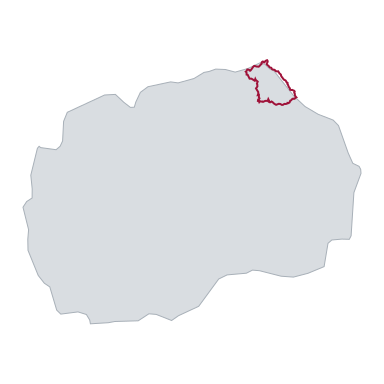 Kriva Palanka, Kriva Palanka, North Macedonia (highlighted)
{"feature_id": "65306769B37694813292745", "entity_name": "Kriva Palanka", "entity_type": "district", "adm_level": 2, "iso_a3": "MKD", "parent_name": "North Macedonia", "parent_adm1": "Kriva Palanka", "projection": "equal_earth", "projection_center": [22.335, 42.244], "detail": "fine", "context": "in_parent", "style": "outline", "palette": "rose", "viewbox_px": 384, "rotation_deg": 0, "n_neighbors": 0, "source": "geoboundaries", "source_scale": "gbopen_adm2", "svg_char_len": 3435}
<svg xmlns="http://www.w3.org/2000/svg" viewBox="0 0 384 384"><path d="M170.8,81.9L178.1,82.9L194.0,78.5L204.0,72.4L209.0,71.5L215.7,69.1L225.4,69.5L235.2,72.1L247.6,68.6L259.9,62.9L264.8,64.3L270.1,69.2L273.6,70.5L293.9,96.1L305.0,106.5L318.2,114.3L333.2,120.1L338.5,125.6L348.2,153.0L352.8,163.3L359.1,166.4L360.7,169.4L361.0,173.4L353.9,192.6L351.1,235.8L349.3,239.3L341.8,239.1L331.8,240.0L328.0,243.3L324.1,266.6L308.0,273.3L293.4,277.1L281.1,276.2L259.5,270.7L252.5,270.1L246.4,273.2L227.1,274.9L218.7,279.0L198.7,306.3L178.5,315.7L171.6,320.5L156.2,314.4L148.9,313.8L138.2,320.8L114.8,321.5L108.4,322.7L90.4,323.8L89.7,320.0L86.4,314.5L78.0,311.9L60.8,314.1L56.7,310.1L49.8,286.9L44.3,283.2L38.2,275.4L28.0,250.3L27.8,239.3L28.6,229.7L23.0,207.2L26.7,201.5L32.1,198.0L32.2,188.9L30.8,175.2L37.4,148.3L39.1,146.3L40.7,147.6L56.1,149.7L60.1,146.3L62.6,141.0L63.6,121.4L67.3,112.3L104.6,95.0L115.4,94.4L123.8,102.3L130.4,107.4L134.3,107.2L135.8,102.1L140.4,92.3L148.0,86.7L170.6,81.9L170.8,81.9Z" fill="#d9dde1" stroke="#a8b0b8" stroke-width="1"/><path d="M287.8,102.9L288.8,102.9L289.6,102.4L290.2,100.7L291.2,100.3L291.9,99.3L293.1,98.6L293.8,98.9L294.7,98.7L295.5,97.8L295.5,97.7L296.3,97.3L296.0,97.0L295.6,96.4L295.1,95.8L294.9,95.3L294.8,95.0L294.9,94.3L294.8,93.7L294.4,93.1L294.2,92.4L294.4,92.0L294.7,91.7L294.6,91.3L294.2,90.8L293.7,90.5L293.2,90.4L292.2,89.9L291.6,90.0L291.2,90.0L290.8,89.9L290.3,89.8L290.1,89.7L290.1,89.4L290.0,88.9L289.8,88.5L289.8,88.2L289.5,87.9L289.1,87.3L288.7,86.8L288.5,86.3L288.4,85.9L288.0,84.8L287.8,84.6L287.5,84.1L287.3,83.8L287.4,83.5L287.6,83.3L287.6,83.0L287.6,82.9L287.1,82.5L286.5,82.2L286.1,81.3L285.9,80.9L285.6,80.5L285.2,80.2L284.6,80.1L284.2,79.9L283.6,79.2L283.4,79.0L282.9,78.5L282.8,78.4L282.4,77.5L281.8,77.0L281.6,76.7L281.4,76.3L281.1,75.8L281.0,75.2L280.9,74.7L280.6,74.3L280.1,73.9L279.5,73.5L279.0,72.5L278.4,71.7L278.1,71.3L277.9,71.4L276.8,71.4L276.0,71.1L275.7,71.0L275.5,70.9L274.8,70.0L274.5,69.8L274.3,69.8L273.3,69.6L272.6,69.5L272.4,69.4L272.2,69.3L271.9,69.0L271.8,68.9L271.3,67.8L270.0,67.5L269.7,67.3L269.5,67.1L269.2,66.8L269.0,66.4L268.7,66.0L268.2,65.6L267.6,65.2L267.3,64.9L266.9,64.5L266.8,64.4L266.6,63.9L267.1,63.0L267.7,61.7L267.5,60.7L267.4,60.6L267.1,60.2L266.1,60.6L265.9,60.7L265.6,60.9L265.5,61.0L265.3,61.1L265.0,61.6L264.8,61.9L264.5,62.2L264.3,62.4L264.0,62.4L263.9,62.3L263.7,62.2L263.5,61.9L263.4,61.7L263.0,61.5L262.8,61.5L262.7,61.5L261.8,62.2L261.5,63.0L261.7,63.3L261.6,63.7L261.6,63.8L261.1,64.4L260.6,64.7L260.4,64.9L259.8,65.7L258.7,66.7L257.6,66.6L256.4,66.5L255.2,66.1L254.9,66.0L254.5,65.9L254.3,65.9L254.0,66.1L253.1,66.9L252.3,68.1L251.7,69.0L250.9,69.9L250.7,70.3L250.3,70.7L250.0,70.7L249.6,70.6L249.5,70.3L249.3,70.0L249.1,69.9L248.9,69.8L248.0,69.5L247.3,69.5L247.0,70.1L246.7,70.6L246.6,70.8L246.1,71.5L245.8,71.7L246.5,72.5L246.6,74.6L247.7,74.8L249.6,78.7L251.5,78.7L254.7,80.7L255.3,79.0L255.7,79.9L257.7,81.6L256.9,83.7L257.3,84.5L257.4,86.5L256.0,88.4L258.2,92.0L258.3,93.6L257.8,95.1L258.9,94.9L258.9,97.5L259.5,98.3L258.8,99.7L258.1,99.7L257.9,101.0L259.1,101.5L259.3,102.1L260.1,101.2L261.2,101.6L262.5,101.5L263.0,101.9L265.2,100.9L267.7,100.9L268.3,99.2L269.0,100.6L268.6,101.6L269.4,102.2L270.0,101.9L270.6,102.2L271.5,101.5L272.4,102.0L274.3,103.8L276.1,104.8L278.8,103.8L280.4,104.0L281.8,104.9L282.8,104.9L284.4,103.9L285.8,104.0L287.9,103.3L287.8,102.9Z" fill="none" stroke="#9f1239" stroke-width="2"/></svg>